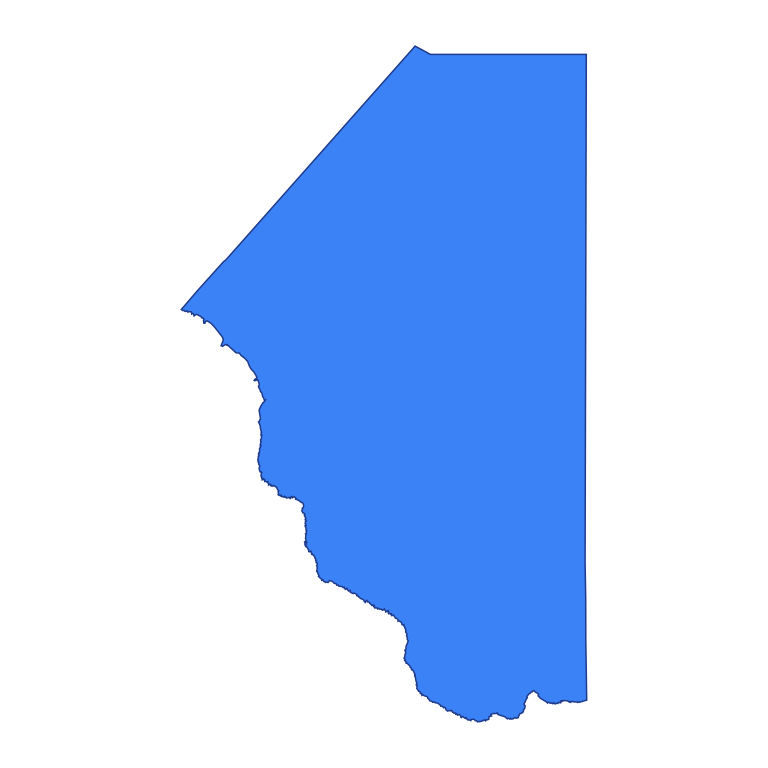 Palauli West, Palauli, Samoa (Natural Earth projection)
{"feature_id": "51752279B21529413324120", "entity_name": "Palauli West", "entity_type": "district", "adm_level": 2, "iso_a3": "WSM", "parent_name": "Samoa", "parent_adm1": "Palauli", "projection": "natural_earth1", "projection_center": [-172.564, -13.715], "detail": "fine", "context": "isolated", "style": "filled", "palette": "blue", "viewbox_px": 768, "rotation_deg": 0, "n_neighbors": 0, "source": "geoboundaries", "source_scale": "gbopen_adm2", "svg_char_len": 6128}
<svg xmlns="http://www.w3.org/2000/svg" viewBox="0 0 768 768"><path d="M430.4,54.4L415.1,46.1L225.7,260.1L223.5,261.7L197.6,290.5L181.3,309.5L182.9,310.6L184.2,310.4L184.8,311.2L185.9,311.5L187.2,311.0L187.9,312.1L189.8,311.6L191.5,312.0L191.7,314.0L192.7,313.4L193.4,313.8L194.1,315.9L195.5,314.7L196.8,314.4L201.3,316.7L201.5,317.7L203.6,318.4L203.9,319.4L203.5,320.4L203.9,323.3L204.9,323.2L205.6,321.4L207.3,320.9L211.0,323.3L214.3,326.7L222.5,337.2L223.1,338.7L223.1,340.6L221.1,345.7L222.6,346.3L225.6,344.4L227.0,345.3L227.4,344.8L235.9,352.7L239.5,353.2L241.0,355.4L244.2,357.8L246.8,360.5L247.9,361.9L248.8,364.7L250.9,368.8L254.0,372.1L255.9,375.3L256.8,377.2L256.8,378.1L254.8,379.4L254.2,380.5L255.0,380.7L257.5,379.7L258.5,381.6L259.2,383.6L259.2,385.3L258.5,386.0L258.7,387.4L260.3,390.1L260.3,391.2L261.9,393.0L262.4,395.5L262.9,397.0L263.7,398.0L264.2,399.9L265.4,399.9L264.1,401.9L262.9,402.8L260.8,406.2L259.1,410.1L260.5,419.0L259.8,419.8L259.2,421.9L258.6,421.9L260.3,426.0L260.3,427.7L261.5,432.5L261.1,432.8L261.3,434.2L260.9,434.9L261.9,435.3L261.4,436.1L261.4,439.0L260.6,439.7L260.7,441.4L261.1,441.6L260.2,445.0L261.0,445.7L260.3,446.2L260.5,447.2L259.6,448.3L259.5,452.8L258.7,453.0L258.5,454.4L259.1,455.3L258.3,456.4L258.4,457.8L257.8,459.7L258.2,461.9L258.6,461.9L258.7,464.1L259.8,466.2L259.1,468.0L259.6,470.8L260.3,472.0L261.0,471.8L261.8,472.6L261.3,473.5L261.0,476.0L261.7,476.4L261.5,477.2L261.9,478.6L263.1,478.8L262.4,479.7L264.6,479.6L264.7,481.4L265.5,481.2L266.3,481.8L267.8,481.7L267.5,482.7L268.7,483.5L268.6,485.0L270.0,484.3L270.5,485.2L271.5,485.1L271.2,485.9L272.5,486.1L274.5,485.6L275.1,486.5L276.5,487.1L277.7,489.8L278.7,490.8L278.1,491.8L278.5,493.4L278.1,494.7L279.1,495.3L280.1,495.1L280.4,495.9L281.3,495.4L281.7,496.5L283.9,497.1L284.5,496.3L285.2,497.2L285.9,497.0L286.5,498.0L289.5,497.4L290.1,498.5L290.9,498.0L291.0,497.0L291.8,496.4L292.7,497.7L293.6,496.8L294.2,496.7L295.6,497.9L295.6,499.1L296.4,498.9L296.7,499.5L299.3,500.8L301.4,502.5L302.6,502.8L303.1,503.5L303.7,505.7L303.2,507.7L302.2,508.3L302.5,509.5L301.8,510.7L302.9,512.9L303.6,512.8L304.9,514.1L304.3,514.7L304.7,516.3L305.6,517.3L305.4,518.4L305.9,519.0L305.2,519.8L306.2,520.9L305.4,521.5L305.5,522.6L305.1,523.6L306.1,525.4L305.0,526.0L305.9,527.6L306.0,529.8L306.8,530.7L306.2,531.3L306.4,533.1L305.5,533.9L306.0,534.3L305.5,538.6L306.8,542.8L306.2,543.1L305.3,541.4L304.6,542.0L305.0,542.5L304.9,544.9L306.3,545.0L305.7,546.5L307.4,547.5L307.7,548.7L308.5,549.5L308.7,551.6L309.3,551.8L310.7,551.2L311.1,551.4L311.2,552.9L312.0,553.4L311.8,554.4L313.3,555.0L315.0,557.3L314.9,558.1L315.8,559.3L315.6,560.2L316.5,561.9L316.1,562.5L317.1,563.1L317.3,564.8L316.6,565.4L317.3,567.7L316.7,571.5L317.4,571.7L318.1,574.1L318.9,575.4L318.5,576.5L321.7,579.4L321.7,580.3L323.0,580.0L323.7,581.3L325.7,582.4L326.0,581.9L328.1,582.5L329.7,580.5L332.7,581.6L333.9,583.1L336.1,583.7L336.8,585.2L338.1,585.0L338.9,586.2L341.9,586.5L343.3,587.7L344.1,587.1L345.3,589.3L347.0,588.4L347.2,589.5L348.8,591.1L350.1,590.4L350.5,591.2L350.3,592.2L353.2,593.6L353.9,593.1L356.5,594.1L356.6,595.1L357.1,595.9L357.8,595.6L358.5,596.7L360.9,598.7L362.8,599.3L363.6,600.0L364.5,601.8L365.4,602.4L366.0,600.8L366.9,600.4L367.5,601.8L367.9,601.6L369.4,602.4L369.8,603.5L371.3,604.5L372.0,605.6L373.4,604.9L373.9,605.3L373.8,606.5L374.4,606.3L374.7,607.9L377.1,607.9L377.5,608.9L378.6,608.4L379.5,609.2L381.3,609.2L381.8,609.8L382.8,610.2L384.3,608.9L384.6,609.9L385.7,610.6L385.7,611.9L388.4,610.7L388.2,612.8L388.8,613.8L389.7,613.2L390.3,613.9L391.3,613.7L391.1,614.7L391.9,615.7L392.5,615.1L393.6,615.2L395.6,618.3L396.7,618.4L398.0,619.6L398.1,621.1L398.7,620.7L400.8,622.0L401.7,623.0L402.0,624.6L402.8,625.0L403.9,624.7L403.9,626.0L404.6,626.8L404.9,628.2L405.7,629.2L405.7,632.0L406.9,633.8L407.0,635.1L406.5,635.6L407.2,637.2L407.3,639.6L408.2,640.6L407.0,644.4L406.1,646.0L405.9,649.4L404.9,650.4L405.6,651.5L405.5,653.5L405.0,654.5L404.6,657.7L404.0,658.1L405.1,659.8L404.7,660.3L405.5,661.0L405.5,661.8L406.2,662.1L406.2,663.2L406.9,663.1L409.9,666.0L410.2,667.3L411.2,667.9L411.6,669.8L412.4,669.7L413.5,671.0L414.7,674.1L414.7,675.2L415.2,675.2L414.9,676.5L415.4,677.3L416.1,681.6L417.0,682.7L416.3,684.4L417.0,685.0L416.5,685.7L417.2,686.5L416.8,688.5L418.3,690.5L418.5,691.2L419.8,691.4L420.4,693.6L421.8,693.5L421.9,695.4L423.0,694.9L424.3,695.8L427.1,696.6L427.7,697.3L427.7,698.3L429.2,699.6L429.9,700.9L431.6,701.0L432.6,702.3L434.4,701.9L435.2,702.8L436.8,702.9L438.2,703.5L440.5,705.3L440.7,706.1L441.6,706.0L442.8,706.7L443.6,707.8L444.4,707.4L445.3,707.7L446.1,709.9L447.7,711.1L449.0,710.5L450.4,710.9L451.4,710.3L452.6,712.2L453.2,712.1L453.6,713.0L455.7,713.1L455.8,714.3L457.0,714.1L457.5,715.1L459.2,714.5L459.7,714.7L460.7,716.2L461.0,717.5L461.4,717.6L462.5,716.4L465.2,718.4L466.1,717.7L466.5,718.8L467.3,719.2L467.6,719.8L470.1,720.1L470.8,720.6L471.3,719.5L473.4,719.2L474.9,720.0L475.4,720.7L476.5,720.8L477.7,721.9L478.4,721.4L479.8,721.7L483.1,720.7L483.9,719.9L485.5,720.8L486.1,719.7L486.7,720.0L488.8,719.3L488.9,716.7L491.5,716.0L490.8,715.1L490.8,714.3L493.8,713.5L496.3,713.5L497.0,712.9L497.8,713.4L497.9,714.5L505.0,716.8L507.3,718.8L507.6,718.5L509.1,718.5L509.6,719.0L510.6,718.5L511.0,719.1L513.1,718.8L514.6,717.7L516.3,718.2L518.3,717.6L518.4,716.3L518.8,716.0L519.8,713.7L521.4,713.3L522.0,712.5L522.7,712.6L523.6,710.7L523.4,709.7L524.6,708.7L525.2,705.8L524.1,704.5L524.2,703.4L525.1,702.1L526.1,699.4L527.3,697.8L526.7,696.9L529.0,693.7L530.0,693.5L531.0,692.0L532.1,692.0L533.3,690.6L534.0,690.6L535.4,692.2L537.6,693.3L538.6,694.4L538.1,695.3L538.3,696.1L540.7,698.5L546.6,702.0L547.6,703.1L548.2,702.2L549.9,702.8L550.3,703.3L551.5,703.0L552.8,703.7L553.6,702.7L554.4,703.6L555.5,703.9L556.1,703.3L557.9,703.4L558.2,702.5L560.5,702.8L560.5,701.3L561.4,700.7L561.9,701.5L562.8,700.5L563.3,700.9L564.4,700.5L567.9,701.0L569.3,702.1L569.6,701.6L570.8,702.3L571.0,701.6L571.9,701.4L574.7,702.0L576.3,701.8L577.6,702.5L578.4,701.9L579.3,702.3L586.7,700.1L585.8,639.9L585.7,598.8L585.1,562.5L586.3,54.4L430.4,54.4Z" fill="#3b82f6" stroke="#1e3a8a" stroke-width="1.5"/></svg>